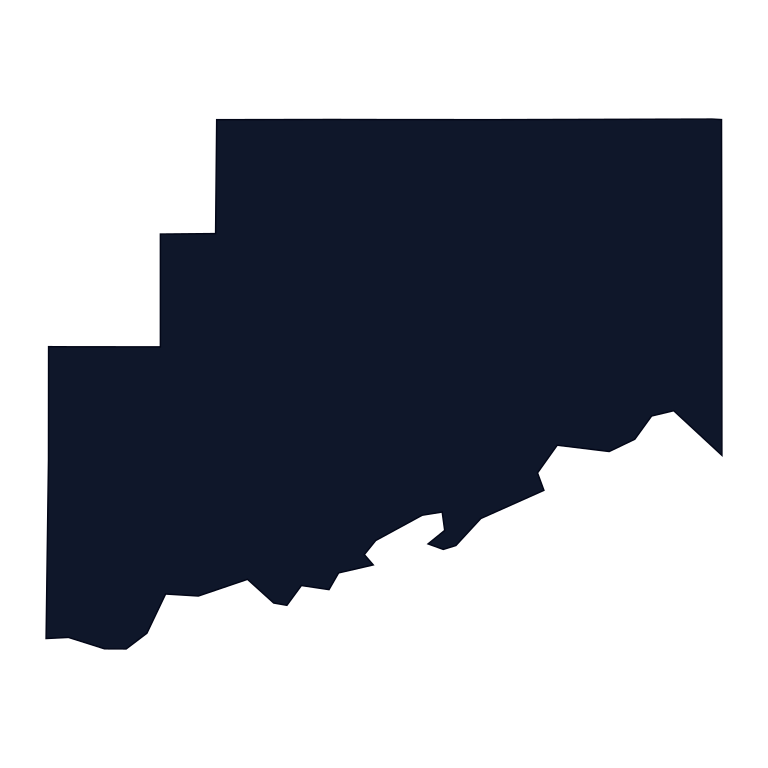 McIntosh, Oklahoma, United States of America (Mercator projection)
{"feature_id": "52423323B48474390013644", "entity_name": "McIntosh", "entity_type": "district", "adm_level": 2, "iso_a3": "USA", "parent_name": "United States of America", "parent_adm1": "Oklahoma", "projection": "mercator", "projection_center": [-95.687, 35.348], "detail": "fine", "context": "isolated", "style": "filled", "palette": "ink", "viewbox_px": 768, "rotation_deg": 0, "n_neighbors": 0, "source": "geoboundaries", "source_scale": "gbopen_adm2", "svg_char_len": 678}
<svg xmlns="http://www.w3.org/2000/svg" viewBox="0 0 768 768"><path d="M48.5,459.4L46.1,638.5L68.5,637.4L104.5,648.8L126.2,648.9L146.9,633.2L165.6,594.0L198.4,596.0L247.5,579.3L273.7,603.0L286.9,605.3L301.4,585.5L329.0,589.6L338.6,572.9L373.2,564.9L364.3,554.6L375.7,540.5L422.2,515.2L442.2,512.0L444.7,530.4L428.1,543.9L443.3,549.4L455.9,545.5L480.8,518.5L543.9,490.3L537.5,472.9L557.2,445.2L609.2,451.5L634.8,439.2L651.6,416.0L673.7,410.7L721.9,455.3L721.7,228.5L721.5,119.6L712.2,119.1L482.5,119.7L426.0,119.6L386.3,119.6L332.4,119.5L216.7,119.7L215.6,233.6L160.4,234.1L160.4,346.9L70.3,346.8L48.6,346.7L48.5,459.4Z" fill="#0f172a" stroke="#020617" stroke-width="1.5"/></svg>